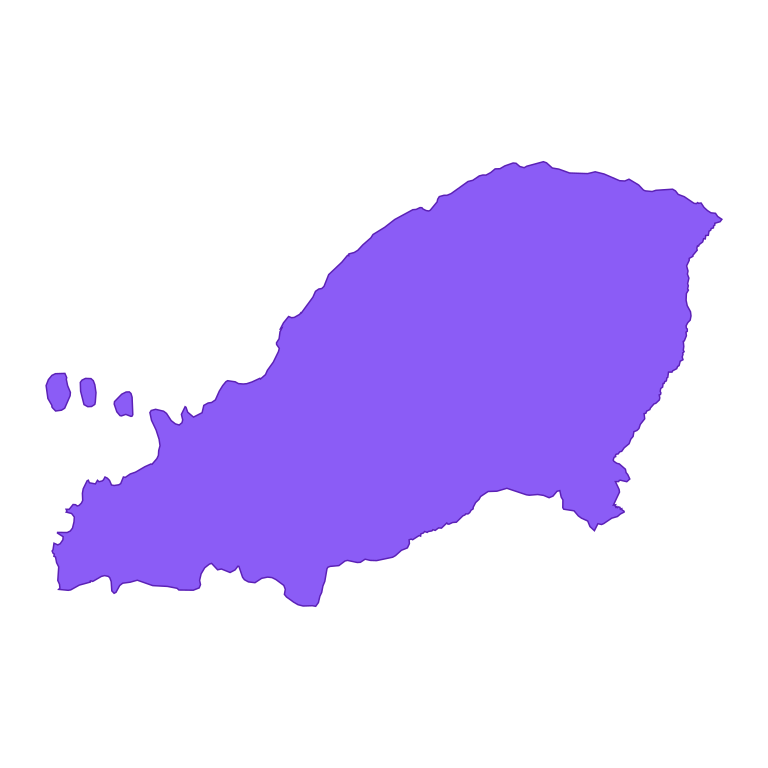 outline of Lombok Utara, Nusa Tenggara Barat, Indonesia
{"feature_id": "22746128B90862663975631", "entity_name": "Lombok Utara", "entity_type": "district", "adm_level": 2, "iso_a3": "IDN", "parent_name": "Indonesia", "parent_adm1": "Nusa Tenggara Barat", "projection": "robinson", "projection_center": [116.286, -8.345], "detail": "fine", "context": "isolated", "style": "filled", "palette": "violet", "viewbox_px": 768, "rotation_deg": 0, "n_neighbors": 0, "source": "geoboundaries", "source_scale": "gbopen_adm2", "svg_char_len": 6052}
<svg xmlns="http://www.w3.org/2000/svg" viewBox="0 0 768 768"><path d="M496.9,491.2L506.9,488.3L526.4,494.8L529.3,495.2L537.7,494.5L543.6,495.4L549.1,497.7L553.0,496.1L557.0,491.3L559.8,490.6L561.2,497.1L562.9,499.9L562.8,507.7L563.7,509.2L574.0,510.8L578.3,515.9L581.5,518.2L587.7,521.0L590.0,526.6L594.4,530.7L597.9,523.7L601.5,524.5L603.7,523.6L611.7,518.2L617.5,516.5L620.4,514.0L624.1,512.1L624.1,511.3L622.1,509.9L621.8,508.6L620.4,509.2L620.0,507.4L618.3,506.9L617.3,507.6L616.8,506.5L615.9,507.3L615.0,505.7L615.5,504.8L613.4,505.1L619.5,492.1L619.1,489.4L615.4,481.6L618.6,481.6L619.3,480.4L620.3,480.2L626.8,481.7L629.8,479.0L627.7,474.5L626.1,472.6L625.4,469.2L619.3,463.9L616.8,463.3L613.9,461.3L613.2,460.1L613.8,458.1L614.2,457.2L615.7,456.6L615.4,455.4L616.2,454.2L618.2,453.9L619.6,451.9L621.7,451.3L624.2,447.8L629.1,443.7L630.8,439.2L633.1,436.4L633.9,431.7L636.9,430.5L638.9,428.6L640.3,424.4L644.7,418.8L644.1,413.6L645.8,413.3L646.7,411.1L649.8,409.6L650.5,407.9L654.0,403.9L655.8,403.3L659.3,400.0L659.8,397.9L659.2,394.9L660.5,394.5L660.9,392.9L660.2,391.3L660.7,388.5L662.6,387.1L663.1,383.5L664.1,383.4L664.8,381.5L665.9,381.3L666.5,380.3L666.8,378.0L667.8,377.3L668.5,372.1L672.0,372.1L672.7,370.8L676.7,368.7L677.6,366.5L679.1,365.6L680.2,361.2L683.0,359.7L682.2,357.0L683.0,354.4L682.7,353.0L684.1,351.7L683.3,350.1L683.8,346.5L683.3,341.4L684.3,340.9L686.4,335.7L686.0,332.2L687.3,331.3L687.3,329.0L686.4,328.2L686.1,325.8L687.8,322.6L690.2,320.1L691.0,315.9L690.5,311.7L687.2,305.6L686.1,300.2L686.4,293.5L688.4,290.1L687.6,288.9L688.3,285.7L687.6,283.7L688.9,278.1L687.4,274.1L688.0,271.0L686.6,265.9L689.2,260.4L689.2,258.4L692.9,256.3L692.9,255.3L697.2,250.2L696.8,248.2L697.5,245.9L698.6,246.1L699.3,244.5L702.7,241.9L703.6,238.7L705.3,238.9L705.7,235.5L708.3,235.3L709.0,231.2L710.7,230.2L711.2,228.5L713.4,227.9L713.6,225.9L714.8,225.1L714.8,223.3L720.1,221.7L721.9,219.3L717.7,216.5L715.5,213.3L710.9,212.8L707.4,210.5L704.0,207.4L701.1,203.0L698.4,203.3L697.7,202.6L696.3,203.6L694.0,203.3L684.3,196.7L678.2,194.4L675.5,190.9L672.6,189.2L655.9,190.3L652.2,191.5L645.5,190.9L643.5,190.1L638.7,185.0L629.0,179.2L624.8,181.0L619.6,180.7L604.1,174.0L595.2,171.8L587.7,173.6L569.6,173.0L558.8,169.1L552.3,168.0L546.5,162.8L543.4,161.7L526.8,166.2L524.2,167.7L519.8,166.5L516.1,163.3L513.1,163.0L504.8,165.9L500.0,168.7L495.1,168.9L490.8,172.5L486.0,175.1L482.9,175.0L479.3,175.9L472.8,180.3L468.0,181.5L451.1,193.6L447.0,195.3L443.9,195.3L439.3,196.6L437.7,199.2L437.1,201.9L430.2,210.3L428.6,211.0L426.0,210.5L423.0,209.0L421.9,207.7L420.0,207.6L416.2,209.4L412.8,209.7L394.7,219.5L384.7,227.3L373.0,234.5L370.9,237.8L362.9,244.8L357.8,250.3L354.2,252.5L348.9,253.9L348.7,255.5L348.2,255.0L347.1,255.8L341.9,262.1L328.7,274.6L324.0,286.4L321.8,288.5L318.8,289.0L315.5,291.3L312.9,297.2L301.3,313.0L300.9,312.7L299.6,314.4L294.3,317.4L291.6,317.7L288.6,316.5L283.5,322.8L280.5,328.6L281.9,328.0L280.0,331.8L279.1,338.7L276.5,342.8L276.6,344.5L279.3,348.4L278.4,351.7L273.3,362.1L267.4,370.3L265.5,374.6L260.5,379.0L259.9,378.3L251.9,382.0L246.7,383.7L243.2,384.0L238.4,383.6L235.2,381.8L227.6,380.7L225.9,381.7L222.7,385.6L219.3,391.1L215.4,399.9L211.6,402.5L208.1,403.0L203.8,405.4L202.1,412.7L193.5,417.1L187.7,412.2L186.0,407.3L185.1,406.7L181.4,414.4L182.7,419.9L182.0,422.7L179.2,425.0L175.4,423.9L171.2,420.6L166.5,413.4L163.6,411.2L155.6,409.3L151.2,410.5L149.9,412.6L151.5,420.3L156.1,430.0L159.1,439.3L160.0,445.7L158.7,450.5L158.4,455.4L156.9,458.6L152.0,464.3L150.9,464.0L144.9,466.7L135.4,472.2L130.2,474.0L125.3,477.4L123.4,477.0L120.7,483.6L118.8,484.8L114.1,485.5L111.5,485.0L109.5,480.4L107.4,478.2L105.0,477.0L103.4,480.0L102.0,481.0L99.0,481.7L97.5,480.3L95.4,483.9L89.4,482.8L88.3,480.2L87.1,480.8L83.2,488.8L82.4,493.3L82.7,500.5L81.4,503.1L79.1,505.4L77.2,506.0L75.6,504.7L73.1,504.5L69.2,509.3L66.1,509.3L66.9,511.1L66.2,512.1L71.6,513.5L74.3,517.0L74.0,521.8L72.5,528.1L70.3,531.0L67.2,532.5L57.6,532.4L57.5,533.1L63.1,536.7L62.9,539.8L60.2,543.7L57.8,544.9L54.0,543.2L53.0,549.8L52.1,551.0L53.1,553.3L54.3,554.1L53.9,556.3L55.5,557.0L56.6,562.7L58.7,566.9L57.8,580.5L59.5,584.3L59.9,588.1L58.7,589.4L68.2,590.3L70.7,589.9L79.3,585.1L90.3,582.1L90.1,581.3L90.9,580.8L92.4,581.4L93.5,581.0L101.4,576.4L104.6,575.6L108.4,576.4L109.8,577.8L111.2,581.6L111.8,590.9L114.1,593.3L116.0,592.3L119.7,585.5L122.7,583.2L130.2,582.2L137.3,580.2L152.7,585.6L167.4,586.4L177.1,588.3L178.9,590.0L193.3,590.2L199.2,587.9L200.5,584.6L199.6,580.4L201.1,573.9L204.7,567.8L209.4,564.1L211.6,563.4L217.6,569.8L221.4,569.0L230.1,572.5L235.1,569.9L237.9,566.2L238.9,566.4L242.6,577.3L244.4,579.7L248.4,581.9L255.0,582.7L261.7,578.3L267.6,577.1L272.0,577.6L276.0,579.6L283.8,585.4L285.3,589.3L284.4,594.4L286.5,597.0L293.7,602.2L298.0,604.7L303.1,606.0L312.4,605.7L315.7,606.3L318.4,602.6L319.9,596.2L321.7,592.4L322.9,586.0L324.8,581.4L327.0,568.6L328.0,567.2L330.1,566.4L338.9,565.6L345.0,561.0L347.5,560.4L357.3,562.5L360.4,562.3L365.1,559.2L370.3,560.4L376.6,560.6L392.7,557.2L395.5,555.6L401.4,550.3L407.4,547.9L409.4,543.6L409.1,539.8L411.1,539.1L412.7,539.7L419.2,535.5L420.6,536.1L420.9,533.8L423.4,533.0L424.6,531.5L427.2,532.4L428.4,531.5L431.9,530.9L432.9,529.7L435.2,530.4L438.6,527.9L441.5,528.1L446.8,523.0L447.9,524.1L449.2,524.1L452.6,522.5L456.4,522.2L462.9,515.8L464.9,515.0L465.7,513.9L468.0,513.9L469.7,512.6L471.1,510.2L473.1,508.9L473.2,507.3L475.6,502.6L479.0,499.4L480.6,496.5L488.1,491.5L496.9,491.2ZM55.6,411.0L61.5,410.2L64.7,408.2L70.1,395.8L70.4,392.4L67.6,385.6L66.3,379.3L66.7,377.6L64.9,373.4L55.4,373.7L51.9,375.4L48.4,379.6L46.1,385.6L47.9,398.5L51.9,405.4L51.9,406.9L52.7,408.0L55.6,411.0ZM91.6,406.5L94.8,404.4L95.3,402.1L96.0,392.7L94.8,384.7L93.3,380.7L91.0,378.6L85.5,378.4L82.0,380.1L80.3,382.4L80.6,391.2L84.0,404.6L87.8,406.7L91.6,406.5ZM132.8,414.7L132.1,397.2L131.0,393.5L129.3,391.9L126.1,392.0L121.7,394.2L114.5,401.6L114.2,404.1L116.8,411.8L120.0,415.6L121.4,415.9L125.8,414.4L131.0,416.4L132.1,416.1L132.8,414.7Z" fill="#8b5cf6" stroke="#5b21b6" stroke-width="1.5"/></svg>